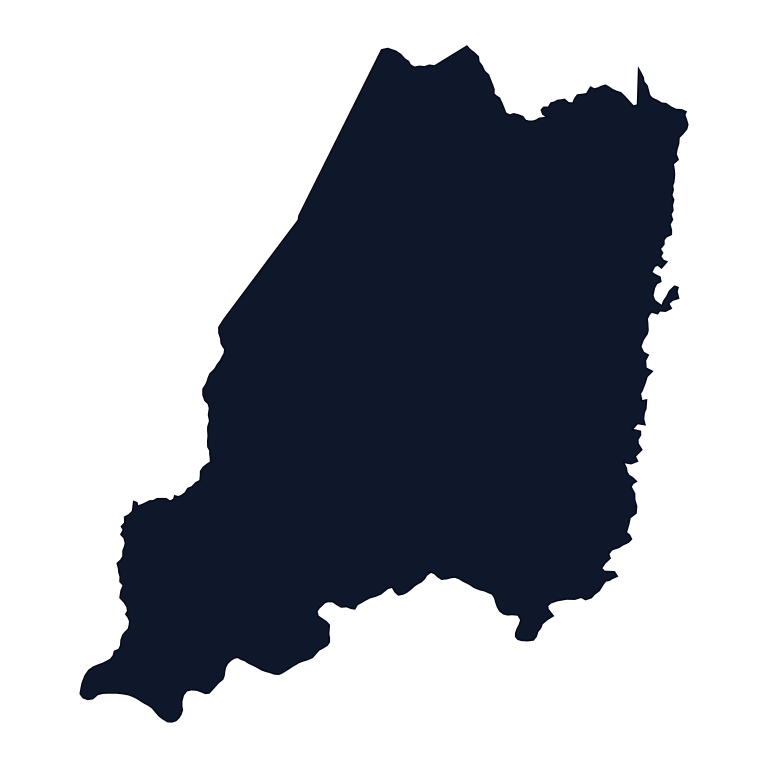 Centenário, Tocantins, Brazil (Mercator projection)
{"feature_id": "56859067B98200216109672", "entity_name": "Centenário", "entity_type": "district", "adm_level": 2, "iso_a3": "BRA", "parent_name": "Brazil", "parent_adm1": "Tocantins", "projection": "mercator", "projection_center": [-47.444, -9.076], "detail": "fine", "context": "isolated", "style": "filled", "palette": "ink", "viewbox_px": 768, "rotation_deg": 0, "n_neighbors": 0, "source": "geoboundaries", "source_scale": "gbopen_adm2", "svg_char_len": 5782}
<svg xmlns="http://www.w3.org/2000/svg" viewBox="0 0 768 768"><path d="M128.9,514.8L124.6,517.1L124.8,522.8L121.4,526.5L123.4,529.9L120.9,534.5L124.1,537.9L125.4,543.2L124.6,546.7L123.0,550.8L123.0,556.4L120.9,560.0L117.2,563.3L118.5,568.1L119.0,572.7L120.2,576.5L120.0,581.6L123.4,585.3L121.1,590.6L120.0,597.7L124.3,602.4L127.0,606.8L127.7,611.0L125.8,614.2L128.1,617.3L129.7,621.0L129.4,624.9L128.4,628.9L125.1,632.3L122.8,635.2L121.1,640.0L120.7,645.6L118.9,649.4L114.4,651.3L113.3,655.7L110.6,659.3L106.6,661.5L102.6,663.5L97.8,665.2L93.1,667.2L88.8,670.3L85.1,675.6L83.8,679.0L82.1,683.5L81.1,688.6L80.2,693.7L83.0,697.7L87.6,699.4L92.7,698.7L97.6,694.5L102.8,693.2L106.7,693.0L110.8,693.0L116.8,693.0L123.0,693.7L128.6,694.7L132.5,696.2L136.6,698.1L141.1,701.0L145.0,703.4L148.4,705.1L152.4,708.0L156.1,712.5L159.1,715.9L162.4,718.5L167.5,721.6L172.0,721.9L175.9,720.6L178.7,717.9L180.9,714.4L182.4,710.0L181.7,706.2L181.7,701.3L183.3,695.2L186.7,690.7L191.6,689.7L197.0,690.1L202.0,692.0L205.4,693.4L209.0,693.0L211.9,690.0L214.8,686.7L218.3,682.8L222.7,679.2L224.0,675.8L224.5,672.1L225.3,667.6L227.5,663.4L230.8,660.2L234.2,658.1L237.7,657.3L240.9,659.1L245.1,660.7L248.7,663.1L253.5,665.3L257.9,667.6L261.5,669.7L265.5,671.2L269.7,672.3L274.6,674.0L279.0,674.2L282.1,672.8L285.1,671.0L288.9,668.6L292.3,666.3L295.3,664.6L298.8,662.5L302.8,661.0L308.0,659.4L312.5,657.3L315.7,653.6L319.0,650.0L323.2,647.7L327.3,645.1L329.3,642.0L329.3,637.6L328.6,633.9L328.9,630.3L329.3,625.0L326.1,621.6L322.6,619.3L318.1,616.2L316.8,611.4L319.0,608.1L321.8,605.5L324.6,602.7L327.8,601.5L332.8,601.7L336.8,604.5L341.1,607.0L346.7,606.6L351.0,608.3L354.8,608.9L357.2,604.6L361.9,602.1L366.1,599.6L370.1,597.6L375.3,596.2L380.9,593.9L384.3,591.1L387.6,588.4L392.3,587.1L394.9,591.7L398.3,594.9L402.8,594.1L406.5,592.3L409.3,590.2L412.1,587.9L414.9,585.4L417.8,583.6L421.6,581.5L424.5,578.6L426.6,575.2L430.8,572.1L434.5,573.5L437.6,576.5L441.6,579.2L447.1,578.6L451.0,577.5L455.1,577.1L459.2,578.6L463.0,581.0L466.5,582.7L470.3,584.7L474.0,587.3L479.4,589.5L484.1,590.6L487.8,592.2L492.3,594.1L494.7,597.9L495.9,602.4L497.5,607.0L499.8,611.0L503.5,613.8L507.4,614.8L512.1,614.5L518.0,615.0L520.9,619.9L519.4,624.6L517.2,628.9L515.7,633.1L515.7,636.7L517.9,639.3L521.6,640.4L527.4,640.7L533.3,640.0L536.2,636.4L537.7,631.6L540.7,627.8L542.1,623.8L547.5,619.3L553.2,615.9L548.0,609.3L547.5,605.8L550.6,602.9L557.4,600.6L566.7,599.0L574.9,599.2L581.2,597.2L585.5,599.6L591.4,597.6L594.5,594.1L599.2,590.6L603.5,583.7L605.7,580.9L609.3,580.3L612.3,578.4L617.3,576.3L614.4,571.8L604.4,571.4L601.5,568.2L605.0,563.0L610.1,558.3L608.6,554.0L611.8,549.8L619.0,547.3L623.1,544.7L628.5,542.2L631.5,539.1L629.5,535.1L626.3,532.6L628.9,523.5L630.0,517.8L636.0,513.2L636.6,506.3L634.7,499.8L634.6,493.6L631.0,486.8L632.9,483.5L636.4,481.4L632.7,477.8L628.9,475.4L626.9,472.2L626.3,467.8L623.3,462.3L631.0,463.7L637.5,461.2L635.1,456.4L641.8,449.7L638.1,443.8L637.8,439.5L640.5,435.1L640.4,431.3L632.2,429.4L637.5,423.5L645.0,424.7L643.5,419.2L644.2,412.7L645.9,408.6L646.5,399.9L641.8,401.0L640.3,393.6L642.3,390.2L645.2,382.6L647.0,376.6L652.3,371.3L646.0,368.1L645.4,360.5L648.3,355.0L643.5,352.4L640.7,346.6L643.2,339.7L647.1,333.9L648.0,330.4L647.6,322.5L647.1,319.0L649.0,314.9L651.4,312.0L657.7,313.7L659.6,310.8L665.6,311.2L671.3,308.3L668.6,303.6L672.5,300.2L678.6,298.3L676.9,291.4L678.1,287.5L674.5,286.2L669.4,291.2L667.0,296.2L663.8,300.9L661.8,306.0L654.7,300.5L652.8,295.7L654.4,287.9L656.6,283.7L660.8,281.4L660.0,277.1L654.9,274.6L651.6,272.2L654.5,266.5L657.6,264.9L661.5,268.0L666.9,261.7L663.3,260.4L660.5,256.4L662.6,252.8L660.1,249.0L663.9,244.4L663.9,239.9L666.3,236.8L671.3,234.5L671.4,230.3L669.9,224.3L672.5,219.6L670.8,214.6L672.9,210.4L672.3,205.0L673.7,199.8L671.7,195.1L673.2,190.0L672.5,185.5L673.8,182.1L674.2,178.5L674.5,174.3L674.2,170.2L673.2,163.9L678.1,159.6L676.0,154.1L676.9,149.3L678.6,143.7L679.0,137.5L682.9,133.6L686.7,128.9L687.8,124.6L686.5,120.1L684.7,114.8L686.1,111.7L681.6,109.8L676.0,109.5L670.8,107.0L666.1,103.7L661.6,103.2L657.4,100.7L652.0,98.1L649.5,95.2L648.5,91.1L647.1,85.8L643.9,82.0L643.2,77.5L640.7,72.5L638.6,68.8L637.5,105.0L633.4,106.1L629.5,101.9L625.0,96.9L620.9,92.8L616.2,91.3L612.1,89.4L609.1,87.3L605.4,85.2L601.3,86.5L597.7,88.2L594.1,89.0L590.6,87.1L588.8,90.0L586.7,93.7L582.6,94.4L577.4,95.0L574.7,98.7L572.9,103.2L568.4,102.8L564.6,99.4L561.1,100.0L557.6,100.4L554.6,102.1L551.0,103.0L548.4,107.3L543.7,107.3L541.3,110.0L542.8,114.2L547.0,116.5L543.5,117.9L539.4,118.3L536.2,120.2L532.8,121.3L529.0,121.3L525.5,120.4L522.8,116.6L517.9,114.8L513.8,113.8L509.5,115.1L505.6,113.0L503.7,107.7L501.5,102.5L499.4,98.0L496.4,96.2L493.8,93.8L494.0,89.4L492.5,85.2L490.6,80.3L488.5,75.0L484.3,71.0L482.1,66.0L478.9,61.8L478.3,56.8L474.3,52.9L470.0,49.6L466.9,46.1L434.5,66.0L429.3,65.2L424.5,66.9L419.6,66.3L414.4,67.3L410.3,64.9L408.4,61.4L404.8,59.1L400.6,54.4L395.8,51.2L387.8,48.5L381.6,49.8L299.0,215.5L298.3,220.0L296.2,222.9L284.8,237.9L228.6,313.1L224.5,318.5L218.9,327.2L218.9,332.9L220.8,338.5L221.1,342.9L222.7,346.1L224.8,349.2L224.3,353.3L222.2,357.2L220.4,360.7L217.4,364.5L215.2,368.5L212.9,371.1L210.1,373.6L208.2,378.1L207.1,381.9L205.6,385.0L203.0,389.1L203.0,395.0L205.0,400.6L208.2,403.6L209.5,408.1L208.5,414.8L209.7,421.0L207.9,426.7L207.8,430.6L208.2,435.6L207.7,441.5L207.9,446.9L209.9,450.5L209.9,454.4L210.4,457.8L210.6,462.0L206.9,464.4L203.2,467.3L200.6,471.2L200.5,475.8L200.0,480.6L195.7,482.8L192.0,486.8L187.8,488.5L185.2,492.8L181.5,495.6L178.1,496.8L174.7,495.8L173.8,499.2L170.1,501.3L166.2,498.7L161.3,498.7L157.0,498.7L153.1,500.9L149.7,500.9L146.0,502.8L141.7,504.8L137.6,506.2L136.9,502.7L133.7,501.5L133.2,505.5L132.6,511.2L128.9,514.8Z" fill="#0f172a" stroke="#020617" stroke-width="1.5"/></svg>